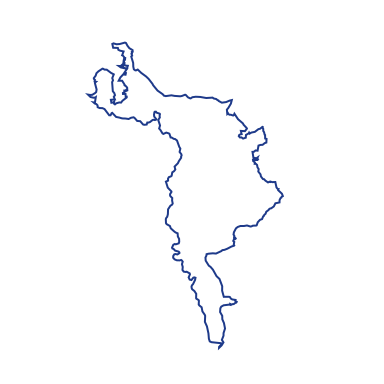 outline of Risca, Cluj, Romania, rotated 82°
{"feature_id": "2599482B15866458666366", "entity_name": "Risca", "entity_type": "district", "adm_level": 2, "iso_a3": "ROU", "parent_name": "Romania", "parent_adm1": "Cluj", "projection": "mercator", "projection_center": [23.11, 46.713], "detail": "fine", "context": "isolated", "style": "outline", "palette": "blue", "viewbox_px": 384, "rotation_deg": 82, "n_neighbors": 0, "source": "geoboundaries", "source_scale": "gbopen_adm2", "svg_char_len": 6015}
<svg xmlns="http://www.w3.org/2000/svg" viewBox="0 0 384 384"><g transform="rotate(82 192 192)"><path d="M89.6,277.0L90.9,275.9L91.6,274.5L93.0,273.5L94.9,273.6L96.0,271.8L96.5,269.0L97.7,267.1L104.5,263.3L104.7,262.0L102.7,260.6L102.5,260.0L107.1,256.7L108.2,253.6L109.4,250.9L110.0,247.6L110.9,244.6L110.0,242.0L109.9,239.4L110.9,238.4L114.0,236.4L114.7,233.4L118.3,231.1L118.8,230.0L118.9,227.5L117.0,226.6L117.2,225.5L116.9,223.9L115.2,221.0L115.1,220.2L115.6,218.7L115.3,217.4L114.8,217.3L112.1,218.9L110.3,218.9L107.7,218.1L107.3,217.5L107.5,216.5L108.4,216.2L109.9,213.2L110.4,212.9L112.1,213.5L113.7,213.5L116.0,215.4L121.7,214.4L124.6,215.7L126.1,214.7L129.8,213.1L130.5,212.3L129.6,209.2L130.8,206.7L131.4,206.2L135.0,205.6L135.2,204.6L136.8,202.7L137.2,201.4L138.9,199.7L145.6,198.3L147.4,197.5L150.6,198.7L153.1,197.3L154.3,197.2L155.5,197.9L156.6,198.0L159.6,200.7L161.6,202.0L164.4,205.7L167.4,205.4L168.9,206.9L169.8,208.8L173.1,209.9L173.6,210.7L174.1,212.9L175.5,213.9L177.4,214.1L178.1,216.4L184.3,215.4L188.6,212.3L189.4,212.5L190.7,213.8L191.9,214.2L193.1,214.0L195.2,212.4L197.7,212.9L200.6,212.7L201.7,213.4L202.6,215.3L205.8,218.1L210.7,219.0L213.1,220.0L214.1,221.1L215.2,221.7L219.2,222.1L220.3,221.6L222.6,218.6L225.0,218.1L228.6,215.1L229.8,213.9L230.9,212.0L234.1,212.2L236.6,211.3L239.6,211.6L241.0,212.3L241.5,214.9L241.5,215.6L241.1,216.2L241.6,217.8L244.3,219.5L245.2,219.3L245.9,218.1L247.7,216.9L249.2,213.5L250.1,212.9L250.8,213.0L251.8,215.1L251.1,217.2L251.3,218.3L252.8,219.5L254.5,219.8L256.3,218.6L257.5,216.6L258.0,213.8L257.8,212.2L258.5,211.5L259.7,210.9L262.1,212.0L264.9,211.6L267.9,212.3L269.7,211.3L270.3,209.4L270.2,208.4L272.3,205.6L273.3,205.5L276.1,207.2L278.4,206.5L279.1,204.8L277.0,202.6L276.9,201.5L277.4,200.5L279.5,201.2L283.4,203.8L284.3,204.9L285.4,205.6L287.0,205.7L288.3,205.4L290.4,203.4L293.4,202.0L297.7,202.7L298.3,202.5L299.8,200.6L300.6,200.3L304.4,201.0L305.4,200.5L307.5,198.5L311.7,198.3L315.5,196.4L316.5,196.2L322.4,197.3L327.2,195.9L334.3,195.4L339.7,195.7L342.4,195.2L343.4,193.7L345.8,184.2L346.4,183.8L347.0,184.1L349.1,186.7L350.1,186.9L348.0,184.0L345.3,181.8L342.6,183.0L338.7,180.8L336.1,180.4L331.8,178.3L326.2,178.6L322.3,179.7L318.8,179.3L314.8,180.9L311.1,180.1L309.6,179.0L308.6,176.5L308.7,170.8L309.1,169.8L308.2,169.7L309.0,168.5L308.7,167.4L308.8,166.3L307.8,164.5L307.7,163.6L307.0,163.0L305.7,164.4L304.9,164.0L304.0,167.1L302.9,168.4L301.3,169.1L300.9,170.0L300.2,175.1L293.9,175.9L289.5,175.2L281.9,176.9L278.8,179.4L271.8,182.1L268.7,184.1L267.3,185.6L261.9,188.0L258.8,187.8L257.0,186.6L255.6,186.2L255.4,184.2L255.6,179.9L256.3,176.8L254.6,171.2L253.8,170.0L253.8,167.9L253.1,165.0L251.5,160.5L251.0,157.8L250.8,157.6L250.0,158.0L247.3,157.1L246.5,157.9L246.0,157.9L244.7,157.0L244.7,156.0L244.2,155.2L243.2,155.6L243.0,156.7L241.1,156.2L240.0,156.8L237.7,156.1L234.1,153.5L233.0,151.6L232.4,148.8L232.9,145.2L232.8,142.2L234.3,139.0L234.3,137.9L233.8,136.3L234.2,133.3L234.0,132.6L231.1,131.1L229.0,128.5L228.6,126.4L226.0,124.9L225.8,124.3L224.7,123.6L223.8,122.2L221.9,121.2L220.5,118.7L219.7,118.0L219.2,116.9L219.2,115.9L217.7,113.0L214.8,111.0L214.5,106.8L212.2,106.4L210.4,105.2L210.0,104.3L209.3,104.0L208.7,102.6L206.2,103.2L202.2,106.4L201.2,106.0L201.2,106.5L199.3,107.7L193.7,108.1L193.4,111.1L192.6,112.9L193.0,113.1L192.7,114.2L193.1,115.4L190.9,117.8L189.4,118.8L189.1,119.9L187.1,121.1L186.0,121.6L184.1,121.7L181.0,123.5L178.6,122.8L176.7,123.7L174.3,123.8L173.0,124.8L172.8,126.0L171.5,125.6L169.9,127.1L168.8,127.1L169.4,122.7L168.8,122.1L167.9,122.8L166.9,122.2L167.6,123.6L167.0,125.0L167.1,126.0L167.6,126.4L160.7,126.5L160.8,125.2L159.7,123.3L160.2,121.3L155.3,119.7L154.9,117.7L155.1,115.5L153.7,113.2L153.4,111.5L149.8,110.8L149.2,112.1L145.7,111.7L145.3,112.1L142.8,112.3L141.6,112.9L139.2,112.7L138.4,113.2L137.5,112.9L137.3,113.2L138.8,115.7L139.0,117.5L141.2,121.4L141.4,124.9L142.2,126.8L141.2,127.2L141.8,127.6L143.0,130.6L145.7,131.2L146.2,134.0L144.8,135.4L144.7,136.9L143.2,137.9L142.1,137.3L141.6,135.9L141.6,134.8L138.3,135.1L139.1,131.1L136.9,128.8L136.2,129.0L132.5,131.6L131.2,132.0L126.3,136.3L120.4,139.1L121.7,139.9L122.0,140.6L120.9,142.8L120.7,144.1L119.9,145.1L119.0,145.4L119.6,146.2L115.3,146.0L113.9,144.4L109.9,141.2L106.5,139.8L106.7,141.9L107.7,145.7L107.7,150.0L105.6,152.9L105.0,153.1L104.5,154.0L103.3,155.1L102.4,157.5L101.4,158.5L100.9,164.8L99.0,170.7L98.2,175.0L98.2,178.4L99.1,180.3L99.0,180.8L97.7,182.8L95.1,184.6L94.7,185.3L95.5,188.6L95.6,190.3L94.4,195.9L93.4,198.9L93.4,204.6L92.7,206.4L91.1,207.4L86.8,212.0L80.9,215.6L79.4,216.1L74.0,219.2L71.2,221.4L67.0,225.7L63.2,228.7L63.8,230.6L63.6,231.3L62.4,232.5L59.7,232.7L56.0,232.3L49.4,233.3L48.7,232.3L46.8,232.7L46.6,232.2L44.9,232.1L44.8,231.2L43.2,231.1L40.9,234.0L38.1,235.6L35.3,236.6L34.7,237.6L35.4,243.0L35.2,246.1L33.9,249.1L34.3,250.3L38.2,250.0L39.0,245.4L41.0,245.1L42.1,243.4L43.3,240.2L46.8,242.1L46.9,241.7L49.1,240.4L49.7,240.5L50.0,239.5L51.6,239.9L51.3,241.0L52.4,241.4L52.8,241.5L52.9,241.1L54.4,241.3L54.3,241.9L55.0,242.1L55.2,241.0L56.1,241.5L55.7,242.6L55.9,242.9L56.2,241.8L57.6,240.1L58.1,238.0L60.8,239.2L59.3,242.8L57.7,242.6L57.0,247.0L58.7,245.2L61.0,239.3L64.5,242.4L65.0,240.9L66.6,241.5L66.0,243.8L68.6,247.0L71.6,249.1L72.1,245.7L76.6,243.7L77.0,243.9L78.0,242.7L79.6,241.7L82.4,241.9L82.8,243.4L82.0,243.5L82.3,244.0L82.1,244.9L84.0,245.3L84.3,246.6L85.3,246.7L85.6,244.2L88.4,244.4L88.5,243.4L89.3,243.5L91.9,248.1L93.6,249.8L93.2,251.6L93.6,254.6L94.5,256.1L93.6,257.0L91.7,256.5L92.3,257.6L92.4,259.4L89.4,259.5L89.6,255.5L86.9,256.2L85.4,254.8L83.2,255.2L81.2,256.4L72.1,255.8L70.4,254.7L68.1,255.1L64.6,253.1L62.8,255.6L59.0,259.4L58.6,261.7L57.7,262.7L57.4,263.5L59.5,267.9L61.1,270.1L63.4,271.2L65.6,273.4L66.3,273.4L67.5,272.5L68.7,273.1L69.2,272.8L69.5,271.7L70.4,273.0L77.2,272.2L79.7,273.0L80.6,274.3L81.9,277.3L81.7,279.5L81.1,281.4L83.8,279.3L84.9,276.5L85.0,274.7L84.7,274.1L90.0,275.7L89.6,277.0Z" fill="none" stroke="#1e3a8a" stroke-width="2"/></g></svg>